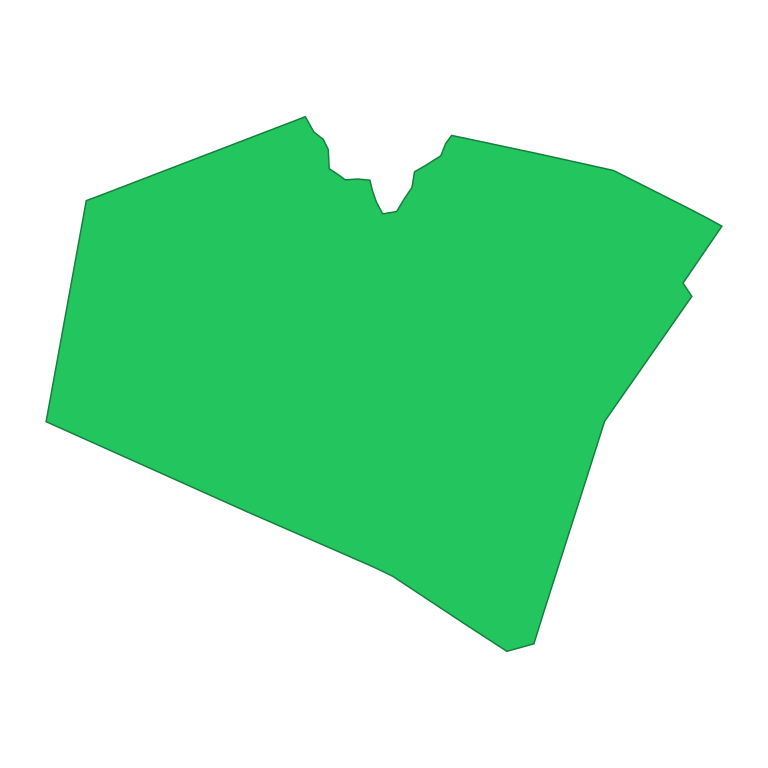 outline of Vera Mendes, Piauí, Brazil
{"feature_id": "56859067B19964079980967", "entity_name": "Vera Mendes", "entity_type": "district", "adm_level": 2, "iso_a3": "BRA", "parent_name": "Brazil", "parent_adm1": "Piauí", "projection": "natural_earth1", "projection_center": [-41.499, -7.609], "detail": "fine", "context": "isolated", "style": "filled", "palette": "green", "viewbox_px": 768, "rotation_deg": 0, "n_neighbors": 0, "source": "geoboundaries", "source_scale": "gbopen_adm2", "svg_char_len": 645}
<svg xmlns="http://www.w3.org/2000/svg" viewBox="0 0 768 768"><path d="M506.8,651.3L533.9,643.8L544.2,610.7L582.3,491.5L604.6,421.3L691.8,296.4L683.0,283.1L721.9,226.2L706.1,217.5L687.4,207.8L613.5,170.5L564.9,159.7L539.1,154.0L451.6,135.4L445.7,143.5L440.8,155.8L425.1,165.7L414.5,171.8L412.0,187.4L404.3,198.8L396.7,211.5L382.7,213.9L376.4,202.1L372.3,190.3L369.9,180.2L357.6,179.0L345.4,179.9L337.6,174.2L329.2,168.7L328.3,149.6L323.2,139.3L313.9,132.1L305.3,116.7L93.7,197.9L86.3,200.6L46.1,421.7L248.0,512.2L322.7,544.8L373.4,567.0L393.0,576.4L399.5,580.8L463.6,623.2L506.8,651.3Z" fill="#22c55e" stroke="#15803d" stroke-width="1.5"/></svg>